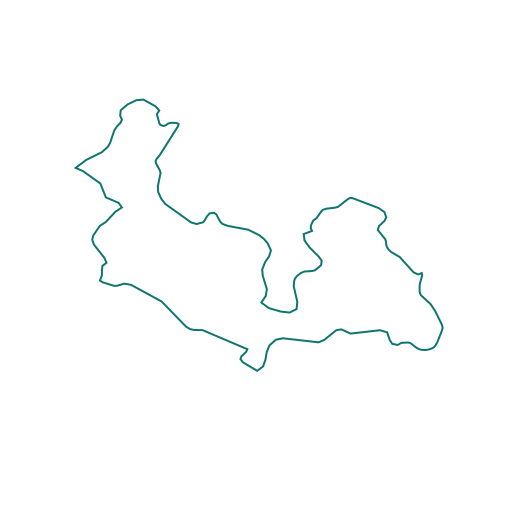 outline of Sondrio, rotated 35°
{"feature_id": "ITA-5444", "entity_name": "Sondrio", "entity_type": "Province", "adm_level": 1, "iso_a3": "ITA", "parent_name": "Italy", "parent_adm1": "", "projection": "natural_earth1", "projection_center": [9.94, 46.319], "detail": "fine", "context": "isolated", "style": "outline", "palette": "teal", "viewbox_px": 512, "rotation_deg": 35, "n_neighbors": 0, "source": "natural_earth", "source_scale": "10m", "svg_char_len": 2376}
<svg xmlns="http://www.w3.org/2000/svg" viewBox="0 0 512 512"><g transform="rotate(35 256 256)"><path d="M57.7,287.3L61.9,274.5L70.2,259.4L72.0,251.6L71.6,247.0L67.9,234.4L67.8,229.3L68.6,224.8L68.0,221.2L64.3,219.0L61.6,214.2L63.9,205.4L68.7,196.9L74.1,192.5L87.8,191.0L93.3,192.3L93.5,196.7L100.6,202.7L102.7,203.5L105.8,202.5L107.2,200.3L108.1,197.8L110.1,195.5L114.6,192.6L116.8,192.2L117.7,194.4L119.3,228.5L118.9,234.0L119.4,236.0L121.4,237.7L127.6,240.7L130.1,242.5L135.7,255.4L139.2,259.7L145.2,263.3L151.7,265.4L183.8,265.7L189.1,263.8L193.4,258.6L193.5,255.8L193.1,251.7L193.6,247.7L196.7,244.7L199.7,244.7L206.5,248.3L210.1,249.0L215.9,247.4L234.6,238.9L246.8,237.1L252.3,237.4L258.0,238.8L265.0,242.8L266.9,248.6L267.0,255.7L268.8,263.5L273.0,268.4L284.0,277.0L286.9,283.1L287.1,291.1L296.4,291.3L308.2,287.3L316.0,283.0L319.7,276.2L316.1,269.8L304.5,259.4L302.0,255.5L300.9,252.5L301.0,249.2L302.4,244.4L304.6,240.9L310.4,236.3L312.5,233.9L314.6,226.1L312.5,222.2L307.7,220.5L295.1,218.3L286.9,215.5L282.5,210.7L287.5,203.3L285.0,201.9L283.7,199.9L283.0,197.3L282.6,194.0L283.9,190.2L283.9,182.4L284.3,179.8L286.7,176.7L292.7,171.4L295.0,168.7L298.5,157.1L299.7,154.4L302.4,153.1L328.9,146.4L336.1,146.4L340.5,149.6L341.1,153.6L339.6,160.9L340.8,164.8L352.4,168.2L354.6,170.0L356.0,171.8L357.8,173.4L361.0,174.7L364.6,175.2L374.3,174.4L394.4,179.0L399.4,178.1L401.6,174.9L403.2,176.4L406.2,184.9L407.4,187.0L410.2,191.0L411.9,192.5L413.4,193.5L426.7,195.3L434.6,198.4L447.9,205.8L450.1,207.8L451.0,210.2L451.7,212.9L454.1,223.2L454.3,227.5L453.9,229.0L453.3,230.4L452.3,232.0L451.4,233.2L448.6,235.9L446.5,237.3L445.4,237.9L442.8,238.8L439.6,239.1L433.0,238.8L431.6,239.0L429.8,239.9L424.9,243.8L423.1,247.6L418.0,249.8L414.1,248.3L407.2,243.3L400.1,245.7L378.0,265.3L367.9,267.2L364.3,270.8L360.0,285.7L356.8,290.8L325.2,308.0L320.3,313.2L318.3,321.6L320.0,328.8L323.3,335.7L325.1,342.4L322.8,349.4L306.0,350.6L302.4,349.3L301.6,346.4L302.9,340.3L302.4,337.3L254.7,347.4L247.7,352.1L243.9,353.7L239.2,354.0L204.9,347.4L170.1,351.3L164.0,354.2L159.3,360.0L157.0,361.8L145.5,365.5L142.3,365.6L140.8,360.1L137.9,356.0L135.9,352.2L137.4,347.3L132.9,344.5L116.6,339.6L112.5,336.6L110.9,332.4L110.8,320.9L113.5,314.3L113.7,312.6L115.5,300.2L118.3,293.2L112.9,291.3L99.4,294.1L86.9,285.9L65.4,285.7L57.7,287.3Z" fill="none" stroke="#0f766e" stroke-width="2"/></g></svg>